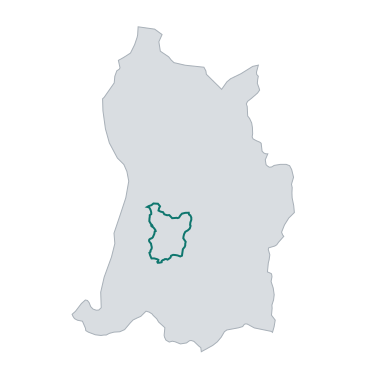 where Lovech sits in Bulgaria, rotated 277°
{"feature_id": "BGR-2247", "entity_name": "Lovech", "entity_type": "Province", "adm_level": 1, "iso_a3": "BGR", "parent_name": "Bulgaria", "parent_adm1": "", "projection": "albers", "projection_center": [24.557, 43.037], "detail": "fine", "context": "in_parent", "style": "outline", "palette": "teal", "viewbox_px": 384, "rotation_deg": 277, "n_neighbors": 0, "source": "natural_earth", "source_scale": "10m", "svg_char_len": 3564}
<svg xmlns="http://www.w3.org/2000/svg" viewBox="0 0 384 384"><g transform="rotate(277 192 192)"><path d="M326.0,242.4L318.9,241.4L316.5,241.9L315.0,243.7L311.8,243.5L307.8,243.6L303.7,245.7L301.4,246.7L298.2,245.0L292.3,239.7L288.7,236.1L286.0,235.2L283.5,236.4L274.2,238.0L272.0,240.2L267.8,242.8L263.4,244.1L257.2,245.1L253.9,245.0L252.1,246.2L250.7,249.8L249.7,253.3L248.8,254.7L241.0,256.6L239.4,258.7L238.9,260.6L239.1,262.6L232.9,260.8L228.1,262.2L227.0,263.7L226.0,265.8L226.6,268.1L228.4,270.3L230.2,276.3L230.9,282.2L230.0,285.7L226.4,288.2L219.0,291.0L211.8,289.8L208.6,290.9L203.3,291.3L198.4,292.1L190.9,294.6L184.1,296.1L177.9,291.2L170.6,287.8L163.0,285.8L160.3,287.3L159.2,288.5L152.8,284.1L149.9,282.5L148.5,280.8L145.9,274.9L144.3,274.7L139.1,276.9L134.0,276.8L131.0,276.4L121.9,276.6L120.7,280.6L119.6,281.2L117.6,281.7L112.8,281.4L106.6,284.3L100.0,286.1L94.8,286.1L89.5,285.1L86.3,285.7L79.4,285.9L75.0,290.2L68.2,289.9L62.5,289.0L63.3,287.7L64.7,270.4L67.7,262.8L67.6,261.2L67.0,260.0L64.6,258.7L62.8,254.5L59.3,243.4L57.3,241.2L51.5,238.7L46.4,235.4L42.2,231.2L34.6,220.7L38.6,219.7L39.8,217.7L44.0,212.1L44.5,209.3L44.1,207.7L41.5,204.9L39.8,199.0L41.3,193.4L41.5,190.6L40.3,187.7L41.8,184.2L44.6,182.4L46.4,181.8L54.0,181.6L58.9,174.7L61.8,172.5L64.8,168.5L66.2,167.1L67.6,164.0L68.1,160.9L62.3,156.3L60.3,152.9L57.8,149.1L54.3,146.5L47.2,141.9L44.5,137.4L43.4,131.6L41.6,127.2L39.6,124.3L39.3,122.0L38.5,119.1L38.5,113.5L40.3,106.1L41.5,103.5L43.9,102.8L50.4,99.0L50.8,93.9L52.0,90.8L54.1,89.0L56.0,87.9L59.4,90.9L67.8,95.8L71.8,99.3L71.6,101.4L69.6,103.4L65.9,105.4L63.7,108.1L63.0,111.5L63.5,113.9L66.1,116.0L81.4,113.6L96.8,115.2L117.6,120.0L131.4,121.7L141.6,119.6L160.5,123.5L178.1,127.0L195.0,127.9L204.4,124.9L211.0,121.0L216.6,113.8L230.6,104.0L244.1,98.4L261.8,93.7L273.6,91.9L275.3,93.3L290.8,101.5L297.5,101.3L303.1,102.6L305.1,104.9L306.5,105.4L313.7,102.9L317.1,107.6L322.4,114.0L331.2,117.1L338.9,118.7L341.4,118.9L349.4,118.4L349.1,135.1L344.6,143.1L337.1,140.8L327.9,143.4L323.3,152.4L320.6,155.1L318.2,158.3L317.0,169.8L317.3,188.6L313.9,191.0L310.6,191.9L297.5,208.9L305.6,213.2L309.2,216.6L315.4,226.2L324.1,237.0L326.0,242.4Z" fill="#d9dde1" stroke="#a8b0b8" stroke-width="1"/><path d="M157.8,194.7L155.4,194.2L153.4,192.5L151.7,190.2L149.3,189.3L146.9,189.0L145.0,189.0L141.8,191.8L139.8,191.6L138.1,191.8L136.5,191.4L135.3,190.6L134.1,189.9L127.6,189.8L126.6,188.2L127.3,185.4L127.4,183.1L127.3,180.9L126.2,179.0L124.3,178.6L123.0,177.3L121.9,176.0L122.3,174.6L122.0,173.1L121.3,172.4L120.9,171.4L120.0,170.4L118.6,170.4L117.9,168.5L117.6,166.6L118.4,166.1L119.3,166.8L120.6,166.9L121.1,165.3L121.5,162.5L121.1,159.9L123.8,158.3L126.5,157.1L127.7,158.1L128.8,157.9L130.4,158.7L131.7,158.9L132.9,158.6L134.4,158.0L135.8,157.6L136.7,156.6L137.7,155.6L138.6,155.3L139.6,155.4L140.5,156.3L141.2,157.7L142.2,158.6L145.8,159.7L148.3,159.8L148.6,160.2L148.8,160.7L149.6,160.4L151.3,158.9L152.3,157.7L152.7,156.7L153.3,155.9L153.8,156.7L154.4,156.3L155.1,155.2L157.8,153.2L160.9,153.0L162.0,153.1L163.9,152.9L165.0,154.2L166.3,154.1L167.7,153.7L169.2,153.0L170.6,152.1L171.5,151.2L171.7,149.4L172.7,150.7L174.0,153.4L175.9,155.1L176.2,159.6L173.9,162.0L171.9,161.3L169.5,161.0L168.7,163.2L168.4,165.8L166.5,167.2L165.9,170.0L166.3,172.3L163.6,175.5L164.2,178.6L164.5,179.6L164.3,180.6L164.6,181.5L165.1,182.3L167.3,183.3L169.3,184.7L170.5,187.9L171.0,191.3L169.4,191.7L168.9,192.3L168.7,193.1L166.6,194.4L164.3,194.7L161.7,194.1L159.0,194.1L158.6,194.6L157.8,194.7Z" fill="none" stroke="#0f766e" stroke-width="2"/></g></svg>